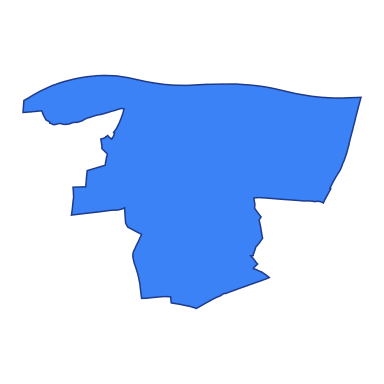 the district of Druten, Gelderland, Netherlands
{"feature_id": "6326949B94625978297128", "entity_name": "Druten", "entity_type": "district", "adm_level": 2, "iso_a3": "NLD", "parent_name": "Netherlands", "parent_adm1": "Gelderland", "projection": "orthographic", "projection_center": [5.596, 51.869], "detail": "fine", "context": "isolated", "style": "filled", "palette": "blue", "viewbox_px": 384, "rotation_deg": 0, "n_neighbors": 0, "source": "geoboundaries", "source_scale": "gbopen_adm2", "svg_char_len": 5604}
<svg xmlns="http://www.w3.org/2000/svg" viewBox="0 0 384 384"><path d="M361.0,97.3L356.9,97.5L350.0,97.7L343.4,98.0L342.1,98.1L339.4,98.0L333.3,98.0L327.6,97.7L324.7,97.5L321.3,97.3L312.0,96.3L309.4,95.9L306.4,95.4L299.3,94.2L296.2,93.7L287.0,91.6L282.1,90.4L278.4,89.6L274.7,88.7L273.0,88.4L270.3,87.8L268.6,87.5L265.3,86.9L257.4,85.8L250.9,85.1L236.1,84.0L221.3,84.1L216.5,84.2L205.1,84.4L199.9,84.7L192.5,85.1L189.0,85.3L185.7,85.4L180.5,85.3L177.7,85.3L172.5,85.1L167.9,84.7L164.0,84.4L159.4,83.7L156.2,83.3L147.0,81.8L139.2,80.1L128.2,77.7L123.8,77.0L116.6,75.9L116.1,75.9L114.1,75.8L112.3,75.7L106.5,75.5L102.2,75.5L99.6,75.6L98.3,75.6L87.1,76.7L82.6,77.4L80.4,77.8L77.5,78.3L73.4,79.2L64.7,81.4L60.7,82.6L58.8,83.2L55.8,84.4L52.6,85.4L48.0,87.5L45.4,88.7L41.4,90.6L39.9,91.3L35.4,93.8L33.9,94.6L27.7,98.4L24.6,100.1L23.9,100.5L23.0,112.4L23.0,112.5L30.1,111.9L30.3,112.0L32.9,111.6L35.2,111.5L36.5,111.3L37.4,111.2L40.9,110.9L41.5,110.8L41.7,111.2L41.8,111.2L42.6,112.6L42.6,113.3L42.9,114.0L44.9,117.9L45.2,118.6L45.4,118.8L45.6,119.4L45.8,119.7L46.1,120.0L48.3,121.2L49.0,121.6L49.6,122.0L49.8,122.1L49.7,123.1L50.2,123.2L51.2,123.6L52.8,124.4L53.3,124.6L54.1,124.7L54.4,124.7L55.9,124.4L58.2,123.7L60.0,123.5L60.4,123.5L60.8,123.6L62.9,124.2L63.4,124.3L64.2,124.4L65.0,124.4L65.8,124.4L66.2,124.4L67.0,124.3L69.3,123.9L70.2,123.7L70.5,123.5L71.9,122.9L72.3,122.7L72.6,122.7L73.7,122.5L75.0,122.4L76.6,122.3L77.1,122.3L78.5,122.0L81.0,121.2L82.0,120.9L82.9,120.4L84.4,119.4L86.1,118.6L87.2,118.1L88.2,117.8L90.3,117.3L91.8,116.7L95.2,115.6L97.1,115.1L98.0,114.9L98.4,114.8L100.4,114.6L101.1,114.4L103.1,113.9L105.4,113.2L107.8,112.5L109.4,112.0L111.4,111.3L113.0,110.9L115.3,110.3L115.9,110.1L117.5,109.5L119.0,109.1L121.0,108.6L121.6,108.5L122.0,108.5L122.4,108.6L123.2,108.7L123.8,108.8L124.0,108.9L123.8,109.7L123.6,110.4L123.1,112.5L122.7,113.8L122.3,115.1L121.0,118.5L119.4,122.7L119.1,123.2L116.6,128.2L116.4,128.6L114.5,131.1L113.6,132.5L114.5,132.9L114.4,133.4L113.7,135.7L113.5,136.1L112.3,138.3L111.8,139.1L111.2,138.4L110.9,138.6L109.6,137.6L109.1,137.1L107.7,135.5L107.1,136.1L106.8,136.2L106.3,136.4L106.2,136.4L106.1,136.5L105.8,136.6L106.0,137.1L105.9,137.3L105.2,137.6L104.5,137.9L103.7,138.2L100.8,139.0L100.9,139.7L101.2,141.4L101.6,144.5L101.9,144.7L101.9,144.9L101.9,148.6L105.3,151.9L106.1,152.7L107.0,153.6L107.2,153.8L107.3,154.0L107.3,154.5L107.3,154.8L107.0,155.6L106.8,156.4L106.5,157.5L106.0,160.0L105.7,161.6L105.5,162.9L105.2,165.3L104.3,165.5L87.2,170.6L87.2,170.9L86.9,173.5L86.6,176.0L86.5,177.1L86.5,177.7L86.4,178.2L86.5,178.2L86.4,179.1L85.9,184.9L85.8,186.1L85.8,186.8L73.0,187.2L73.3,190.7L73.6,197.0L73.0,202.0L72.3,208.9L71.6,214.1L71.4,215.1L85.5,213.4L97.1,212.1L103.4,211.3L105.7,211.0L111.1,210.3L112.5,210.2L115.7,210.1L117.1,210.1L118.2,209.9L119.7,209.6L122.9,208.7L123.3,208.5L124.6,207.8L124.6,208.3L125.1,216.2L125.3,218.3L125.4,220.5L125.6,222.9L125.9,223.7L126.3,224.5L127.7,227.0L128.1,227.3L138.1,232.6L140.9,234.0L141.6,234.3L141.6,234.5L141.1,235.5L139.9,238.0L138.2,241.8L137.1,243.9L135.9,246.4L134.8,248.9L134.2,250.0L134.0,250.4L133.8,250.9L133.5,251.7L133.1,253.1L133.0,253.6L132.9,254.3L132.8,255.6L132.8,256.2L132.9,256.7L132.9,257.2L133.0,257.6L133.1,258.1L133.2,258.7L133.3,259.0L133.6,260.5L134.0,262.2L134.1,262.7L135.2,265.9L135.5,266.7L135.9,267.9L137.3,272.4L137.5,273.0L138.0,275.0L138.9,278.9L139.2,280.7L139.8,283.2L139.9,284.4L140.5,289.7L140.5,289.8L141.6,298.4L142.4,298.4L143.0,298.3L144.9,298.3L147.9,298.1L150.8,297.7L152.1,297.6L163.0,296.6L166.3,296.6L168.7,296.7L170.7,296.9L170.8,298.7L171.2,302.9L173.3,303.3L173.6,303.3L180.3,304.4L180.7,304.5L188.2,306.1L188.4,306.1L188.5,306.0L191.5,306.9L195.8,308.2L196.1,308.5L198.6,307.2L204.5,303.8L211.9,299.7L215.2,298.0L216.7,297.3L217.2,297.1L217.6,297.0L218.2,296.7L220.3,295.8L220.8,295.6L221.2,295.3L222.4,294.4L223.2,293.9L223.8,293.6L224.5,293.4L225.3,293.6L238.6,288.7L249.8,284.7L256.0,282.5L261.3,280.7L264.9,279.3L267.7,278.3L269.3,277.5L265.0,274.2L263.3,273.1L262.0,272.2L261.7,272.0L261.4,271.8L260.4,271.6L255.6,269.3L255.3,269.2L254.9,269.1L253.4,268.7L253.7,268.0L254.2,267.3L254.7,266.8L257.6,264.0L256.2,262.5L255.2,261.1L254.2,259.8L253.3,258.5L251.7,256.9L250.7,255.8L253.2,255.6L253.4,254.0L253.6,253.6L253.9,252.9L255.0,249.7L255.5,248.1L255.6,247.7L255.8,247.1L256.1,246.7L259.4,242.8L259.7,242.5L259.8,242.3L261.1,240.3L262.6,238.2L262.0,235.5L261.4,231.7L260.9,228.5L260.5,226.3L260.2,224.7L260.0,224.3L259.9,223.4L259.7,222.6L259.4,221.2L259.1,220.2L259.1,219.9L259.9,218.7L260.0,218.6L260.9,217.3L261.1,216.9L259.2,214.6L258.2,213.2L254.9,208.7L254.7,208.3L254.6,207.6L254.8,206.1L254.9,205.2L254.9,204.6L254.5,201.9L253.9,197.9L258.4,197.6L259.9,197.6L260.6,197.7L266.1,198.0L273.1,198.6L273.3,198.6L278.0,199.0L284.6,199.5L290.5,199.9L302.3,200.8L303.0,200.9L303.5,200.9L306.7,200.9L308.6,200.9L310.5,201.0L311.1,201.1L312.4,201.2L312.8,201.2L313.6,201.5L314.5,201.6L317.6,201.3L318.0,201.3L318.3,201.3L319.1,201.4L320.5,201.7L321.3,202.0L322.2,202.4L323.4,203.0L323.9,201.7L324.2,201.1L324.5,200.3L325.9,197.8L327.0,195.7L330.1,190.0L330.8,188.7L330.7,188.5L329.9,188.3L330.4,187.3L333.3,181.5L334.4,179.6L335.3,177.9L336.8,175.4L339.4,171.4L339.7,170.8L340.3,169.7L340.9,168.6L341.7,166.5L342.0,165.8L342.4,164.5L342.7,163.7L344.2,160.3L345.3,157.1L346.2,154.5L346.3,154.3L346.3,154.2L346.5,153.7L347.5,150.1L347.7,149.1L349.1,144.1L349.0,143.9L350.7,137.0L352.7,129.5L353.6,125.8L354.5,122.5L355.1,120.0L355.5,118.7L355.5,118.4L355.4,118.2L356.3,115.1L358.4,107.0L361.0,97.3Z" fill="#3b82f6" stroke="#1e3a8a" stroke-width="1.5"/></svg>